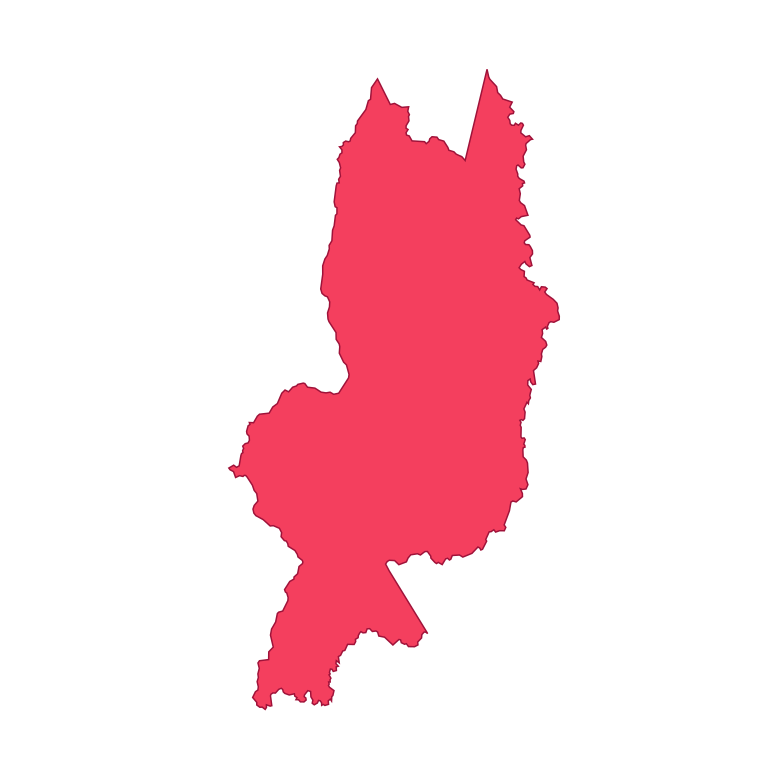 the district of Porangatu, Goiás, Brazil, rotated 346°
{"feature_id": "56859067B80111978571886", "entity_name": "Porangatu", "entity_type": "district", "adm_level": 2, "iso_a3": "BRA", "parent_name": "Brazil", "parent_adm1": "Goiás", "projection": "equal_earth", "projection_center": [-49.251, -13.28], "detail": "fine", "context": "isolated", "style": "filled", "palette": "rose", "viewbox_px": 768, "rotation_deg": 346, "n_neighbors": 0, "source": "geoboundaries", "source_scale": "gbopen_adm2", "svg_char_len": 6169}
<svg xmlns="http://www.w3.org/2000/svg" viewBox="0 0 768 768"><g transform="rotate(346 384 384)"><path d="M351.1,369.5L337.8,382.0L332.7,381.8L329.7,378.9L325.6,378.6L321.0,376.7L316.0,371.3L309.0,368.6L307.3,364.4L305.9,363.6L300.3,363.5L298.6,364.7L294.6,365.0L289.6,368.5L286.5,365.9L282.6,368.2L275.8,377.2L270.5,379.4L265.5,384.5L255.9,383.2L253.3,384.6L248.1,390.0L244.0,388.8L244.1,390.9L242.1,391.6L239.2,396.7L239.0,399.3L240.5,402.0L239.8,406.1L237.8,408.3L234.9,408.3L231.9,410.1L232.2,412.6L230.7,414.4L230.5,416.5L229.0,417.0L227.9,418.7L223.7,428.3L220.8,429.2L218.5,426.4L213.1,428.0L213.9,430.0L216.8,432.6L217.4,438.8L221.7,438.0L224.8,439.6L226.3,438.8L227.7,439.3L228.7,441.2L231.8,450.3L232.3,455.8L234.0,459.5L233.3,467.1L228.7,470.4L226.6,473.7L226.5,477.8L227.8,480.7L234.0,486.4L239.2,494.2L242.4,494.7L247.6,498.7L248.7,503.4L247.2,507.3L249.4,511.8L251.2,512.8L252.0,515.6L251.8,518.3L257.3,524.0L258.7,528.4L258.7,531.0L262.1,535.4L262.2,537.2L261.4,538.6L257.4,540.5L254.3,547.2L250.0,549.5L249.4,551.5L244.8,552.8L237.8,559.4L238.0,561.9L239.1,563.3L239.3,568.1L238.3,571.0L230.8,579.8L226.6,579.9L225.0,580.9L221.3,588.7L215.6,594.6L213.1,600.2L212.9,612.5L207.4,616.0L205.4,623.5L196.2,622.4L194.2,624.2L194.2,629.7L191.5,634.8L191.1,638.4L188.9,642.1L188.8,647.4L187.6,650.4L184.8,651.5L180.7,656.4L183.5,662.1L182.9,664.7L185.3,667.6L187.7,668.1L190.0,671.0L191.7,669.4L192.3,666.8L195.6,669.0L197.3,669.0L198.4,659.1L199.2,657.7L201.4,656.9L203.9,657.6L208.0,654.8L210.7,654.4L211.8,655.9L211.8,658.4L212.9,660.2L216.8,662.8L222.1,662.9L221.9,665.2L223.7,667.3L222.2,669.0L224.7,669.7L226.0,672.2L229.5,673.1L232.0,671.8L232.2,669.7L230.9,668.1L231.6,666.5L235.9,663.1L238.4,664.6L237.4,669.9L238.5,673.5L237.1,676.4L238.7,678.4L242.2,677.4L243.9,675.2L245.4,675.9L246.3,678.1L245.8,680.7L247.5,680.2L248.9,681.6L252.7,681.4L253.3,677.9L255.6,676.8L256.4,678.9L257.7,674.7L259.0,673.9L261.3,669.4L257.7,665.0L257.2,663.1L258.2,661.9L258.2,659.7L259.7,660.1L260.1,657.9L261.3,656.6L260.3,652.9L261.6,652.3L261.3,650.6L263.0,647.6L264.5,648.2L265.2,650.6L268.5,650.5L269.2,646.9L271.4,646.8L269.7,643.7L270.8,640.9L273.1,643.7L273.8,637.4L276.2,636.8L279.3,633.1L281.6,633.0L285.7,627.8L292.0,629.5L294.2,627.1L294.5,624.8L297.5,623.9L298.3,621.7L300.5,619.4L301.7,618.7L303.4,620.4L306.2,620.8L308.4,617.5L310.9,617.9L312.8,621.3L316.4,621.7L317.8,623.1L318.0,627.3L323.3,629.8L329.5,639.4L336.7,635.5L338.2,636.3L338.2,639.2L341.0,641.5L342.9,641.4L344.2,644.7L350.1,646.3L353.8,645.4L354.3,642.5L359.0,639.5L360.1,636.3L362.9,634.4L364.4,634.8L366.0,636.7L343.8,566.5L342.0,559.1L344.1,557.1L346.4,556.3L351.6,557.9L354.7,562.9L362.7,562.0L365.2,558.7L368.6,556.2L375.4,556.8L378.0,558.7L383.1,556.5L385.6,557.0L387.7,562.3L387.4,564.3L390.2,569.4L391.5,570.9L393.5,570.2L396.8,573.3L401.5,568.6L403.6,568.5L404.9,570.6L406.4,570.2L408.8,566.9L415.9,568.2L418.6,571.0L428.4,569.6L435.7,564.9L437.2,566.3L437.8,568.5L439.6,568.2L445.6,561.3L445.1,559.5L450.3,552.9L452.2,553.2L455.3,552.0L456.5,554.7L460.7,554.3L465.2,555.5L467.5,552.6L466.5,549.8L475.0,537.4L478.6,529.3L480.7,528.7L483.7,530.4L491.1,526.8L491.8,523.7L491.0,518.6L492.8,519.8L496.4,520.2L499.3,516.5L498.8,510.5L502.4,504.8L504.1,495.4L503.7,492.3L501.4,488.3L502.8,481.4L503.8,479.4L505.5,479.4L505.8,477.7L505.1,476.1L507.6,472.1L506.9,470.2L504.8,470.1L504.1,468.4L506.6,459.2L506.2,457.0L507.7,454.3L507.0,452.1L508.7,451.8L510.0,452.9L512.0,451.6L514.1,445.4L513.7,442.0L518.3,436.3L519.3,438.1L520.5,435.1L522.7,432.9L522.7,430.2L525.6,424.9L523.2,419.7L524.4,415.5L527.0,414.5L526.9,417.5L528.2,420.6L531.0,420.7L532.3,407.1L536.0,405.2L539.0,401.5L538.9,399.0L541.6,400.1L543.8,395.6L544.0,392.9L546.4,388.8L549.7,387.4L551.4,385.6L551.2,381.8L548.0,376.9L550.1,373.5L550.6,369.5L554.5,367.9L555.2,370.1L556.5,369.6L556.4,367.7L559.0,364.4L560.9,363.9L563.8,365.2L569.6,363.9L570.5,360.6L570.1,355.1L571.3,352.3L571.4,347.5L568.7,342.8L563.3,336.4L562.2,333.6L565.3,330.9L563.9,329.0L560.3,327.7L557.8,330.4L556.7,326.7L554.0,325.7L552.6,323.4L554.1,322.1L548.0,317.7L547.5,315.4L545.9,313.7L547.5,308.6L544.4,306.0L543.2,303.9L546.3,301.0L550.3,299.2L550.8,301.7L553.5,305.3L556.2,304.8L556.1,296.6L559.6,293.7L560.3,290.4L559.2,285.9L558.3,283.9L555.1,282.9L554.2,281.0L555.2,279.1L561.3,276.8L561.4,274.9L558.1,264.3L555.5,262.8L551.5,256.4L552.8,255.1L554.4,256.3L557.7,254.8L564.5,255.1L563.5,244.9L560.4,241.1L559.7,238.6L562.3,232.3L562.4,227.2L566.5,225.3L566.8,223.0L569.0,222.9L568.9,221.0L565.0,217.3L564.0,214.8L564.6,212.6L564.1,207.5L565.6,204.3L567.0,203.9L569.4,207.5L571.2,207.8L573.9,204.8L573.3,202.4L574.1,196.6L578.9,191.2L579.2,186.6L580.1,185.0L585.4,182.3L587.3,182.4L585.1,178.2L581.2,178.4L577.5,173.4L578.2,171.1L581.9,166.6L581.3,164.6L579.9,163.8L577.1,165.4L574.6,162.8L573.0,164.5L570.5,163.8L569.4,162.0L569.8,158.7L568.6,155.1L571.4,152.6L574.9,152.8L575.9,151.2L572.9,145.8L576.6,141.5L568.2,136.2L566.9,132.1L564.8,128.7L565.2,122.7L560.4,113.9L559.9,111.4L560.1,103.6L516.8,186.8L514.6,182.4L509.7,178.5L508.0,175.6L503.5,172.9L503.2,169.9L500.8,162.8L496.2,160.1L495.1,157.3L490.4,155.7L487.7,157.2L486.4,159.5L483.1,161.0L482.0,158.7L470.0,154.9L468.5,149.4L466.1,147.9L466.2,145.5L468.9,142.9L467.3,141.2L467.9,138.8L471.9,134.7L472.5,130.4L473.8,128.8L473.0,125.2L475.0,121.0L468.2,119.9L462.1,114.3L457.7,114.3L451.5,86.4L443.6,93.4L439.8,104.5L437.4,105.3L432.8,113.3L421.9,122.4L421.1,124.8L418.9,126.6L417.0,133.2L411.1,137.6L410.0,140.0L408.3,140.4L405.6,139.0L402.9,139.9L402.4,142.3L400.6,143.3L398.2,143.1L399.8,146.6L399.1,149.5L396.9,150.4L395.0,153.4L393.0,154.7L394.2,158.3L394.2,163.8L392.6,166.0L392.0,171.9L389.5,174.4L389.2,178.0L387.0,177.7L385.5,180.3L379.7,195.2L379.5,200.1L381.0,201.6L379.5,207.5L377.7,208.6L373.9,218.5L371.3,222.3L368.1,232.4L364.3,236.2L363.6,239.7L360.1,245.5L356.9,248.4L353.1,254.5L351.1,262.7L345.6,276.5L345.8,281.1L347.9,284.1L350.2,285.7L351.2,291.2L349.7,296.1L346.4,301.4L345.4,307.4L345.7,310.2L349.9,322.5L348.4,329.1L350.2,334.3L350.1,337.1L348.1,343.3L350.1,353.0L352.2,356.4L352.4,366.3L351.1,369.5Z" fill="#f43f5e" stroke="#9f1239" stroke-width="1.5"/></g></svg>